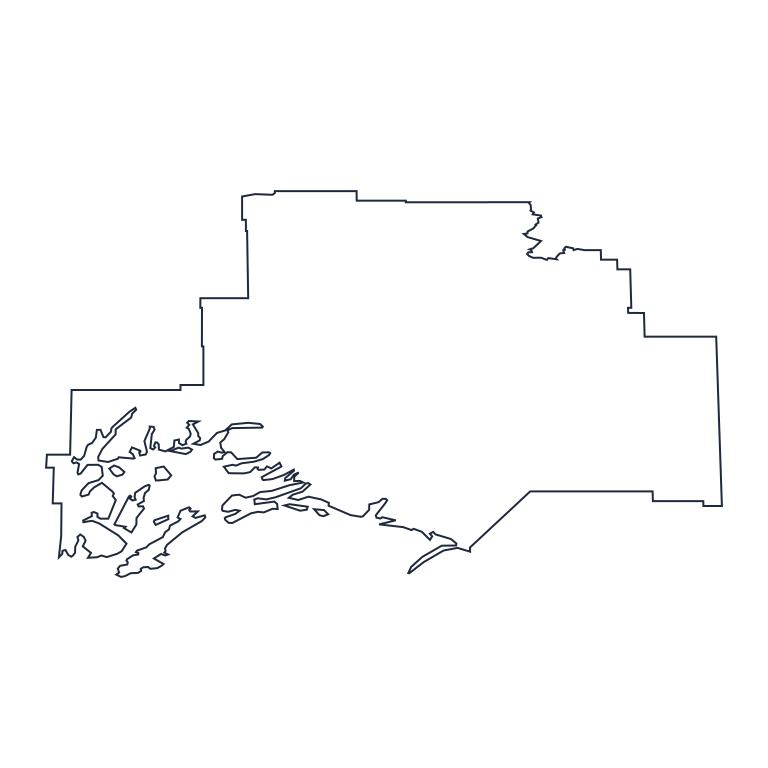 outline of Valdez-Cordova, Alaska, United States of America
{"feature_id": "52423323B16539688175930", "entity_name": "Valdez-Cordova", "entity_type": "district", "adm_level": 2, "iso_a3": "USA", "parent_name": "United States of America", "parent_adm1": "Alaska", "projection": "natural_earth1", "projection_center": [-146.532, 61.491], "detail": "fine", "context": "isolated", "style": "outline", "palette": "slate", "viewbox_px": 768, "rotation_deg": 0, "n_neighbors": 0, "source": "geoboundaries", "source_scale": "gbopen_adm2", "svg_char_len": 6070}
<svg xmlns="http://www.w3.org/2000/svg" viewBox="0 0 768 768"><path d="M242.1,196.5L242.1,219.8L245.9,219.8L245.9,231.0L247.1,231.0L248.2,298.2L200.4,298.2L200.3,307.8L202.0,307.8L201.9,346.4L203.4,346.4L203.4,385.0L180.5,385.0L180.5,390.0L71.6,390.0L70.1,454.7L46.9,454.7L46.1,467.7L53.8,467.7L52.7,503.4L61.5,503.4L61.2,535.9L58.9,557.3L62.3,553.8L62.5,550.8L65.5,550.0L68.2,554.9L71.3,556.7L73.1,555.4L75.1,552.7L75.2,546.7L78.4,540.4L77.4,537.0L80.3,534.5L83.8,536.9L85.6,540.6L82.8,546.4L91.0,552.9L88.0,557.8L97.2,557.2L101.4,555.5L106.8,557.1L117.4,553.7L121.7,551.2L126.5,543.7L118.3,535.4L99.3,523.5L92.1,520.8L83.4,522.2L83.2,520.5L91.8,516.2L91.6,512.8L93.8,512.0L97.5,513.6L97.4,516.8L100.4,518.7L108.3,518.7L115.8,500.1L112.7,496.0L113.9,493.5L112.6,491.7L101.9,482.8L94.1,487.4L90.0,491.4L88.5,494.6L82.0,496.5L80.5,495.1L80.6,493.5L81.7,490.4L85.3,486.5L88.6,483.1L98.5,480.1L102.8,475.7L101.7,466.9L98.2,464.8L87.5,464.9L80.6,473.6L78.3,474.4L77.5,472.7L79.1,464.0L76.6,462.4L73.5,463.3L71.8,461.3L74.0,457.1L77.2,459.5L80.6,459.7L84.1,455.9L86.7,446.9L88.1,444.8L92.2,442.9L95.8,437.7L96.9,429.9L100.5,429.8L103.4,437.1L105.6,437.3L111.0,431.7L111.4,428.3L113.3,426.3L129.4,411.8L135.3,407.8L136.2,409.7L132.2,413.7L131.2,417.5L115.7,429.3L115.6,434.4L102.3,449.0L98.2,456.9L98.5,460.5L108.1,462.0L118.0,458.7L118.6,457.3L133.4,458.6L134.6,458.1L132.9,454.3L129.7,451.9L132.0,447.4L140.2,450.7L140.5,451.7L139.2,452.3L140.0,455.5L145.7,454.5L147.0,451.8L144.4,441.1L149.8,428.6L149.7,426.5L153.6,426.9L154.6,429.6L151.8,434.2L150.3,448.0L153.1,449.5L155.2,447.5L154.0,445.9L155.4,442.4L157.0,442.5L158.7,444.3L158.9,449.6L165.3,451.4L173.8,447.0L174.4,440.5L178.9,439.5L179.0,443.0L182.4,445.2L186.4,443.7L185.6,441.8L186.3,439.8L190.0,436.6L190.7,433.7L188.8,428.9L186.7,427.7L189.3,424.8L187.2,422.8L188.8,421.0L198.4,421.5L192.9,424.4L198.2,433.1L198.3,436.1L200.2,438.1L199.7,440.4L193.3,443.8L200.5,445.0L208.6,441.6L217.0,432.9L225.1,430.5L231.8,424.4L248.3,422.8L260.1,424.0L262.8,426.6L262.3,427.6L232.3,428.1L229.3,429.3L227.6,430.9L228.3,432.3L224.2,439.2L220.3,442.5L221.1,447.8L224.5,452.0L221.9,452.7L217.8,451.6L214.1,453.9L213.9,458.3L215.5,459.6L222.1,458.8L222.7,456.1L227.4,452.2L231.2,452.4L237.3,459.1L256.2,457.7L262.3,452.5L268.8,452.3L270.2,453.1L269.2,454.9L263.0,459.0L254.0,461.7L241.6,463.3L235.9,465.6L232.5,464.8L223.9,466.7L228.7,473.2L243.9,473.4L250.1,472.1L255.0,467.3L258.0,467.5L257.6,469.0L258.8,469.9L264.4,469.5L267.0,466.4L271.3,468.4L279.6,462.7L281.4,466.5L261.7,477.2L262.3,479.0L263.2,480.1L272.4,479.1L283.8,475.0L293.8,469.6L294.0,470.7L285.3,478.0L284.8,480.7L290.7,479.2L294.0,474.6L298.8,472.5L294.2,476.8L294.2,481.1L299.9,480.9L303.2,482.5L289.5,485.2L271.7,490.9L260.0,492.1L253.2,496.0L245.6,497.7L239.2,494.7L232.0,495.5L222.4,505.5L222.0,509.6L222.7,510.8L228.1,511.8L235.1,509.9L239.6,510.7L235.4,513.9L225.8,517.2L224.8,518.1L225.1,519.6L228.5,522.8L232.3,523.0L251.0,513.3L258.0,511.8L263.8,512.4L272.5,508.8L277.7,509.0L277.1,503.9L274.3,501.6L254.8,504.2L254.3,499.5L257.7,498.3L266.4,499.4L275.8,497.2L301.0,488.2L305.9,483.5L308.3,483.1L310.4,484.5L302.6,491.6L292.8,494.7L288.8,497.8L298.2,500.0L308.4,496.7L320.8,499.3L328.8,502.8L328.6,505.7L350.5,515.1L360.9,516.8L362.9,516.3L369.1,509.9L369.3,504.4L378.5,502.2L382.5,498.8L385.9,498.9L387.2,500.2L385.3,503.2L375.8,515.3L376.5,517.7L380.4,518.5L382.2,517.2L395.7,520.3L379.1,524.4L403.1,527.1L411.6,530.1L413.6,528.8L421.8,531.8L430.0,539.9L432.2,536.3L429.9,533.7L433.2,531.9L435.5,534.4L450.9,539.0L456.4,543.5L456.1,545.5L441.7,545.7L422.3,556.9L411.2,566.9L408.3,573.1L409.2,573.3L423.7,562.1L443.6,550.5L457.6,547.9L470.1,551.7L470.0,547.5L530.2,491.4L652.6,491.4L652.9,501.1L703.3,501.1L703.4,506.0L721.9,506.0L716.2,336.7L644.6,336.7L644.0,313.0L628.2,312.9L628.0,307.8L631.3,307.8L630.2,269.3L617.4,269.3L617.1,259.7L601.0,259.7L600.8,250.1L584.3,250.1L577.4,248.9L573.6,250.1L573.1,248.3L565.9,246.8L564.3,248.4L564.8,249.8L563.2,250.2L564.1,253.0L559.9,253.4L556.7,256.7L555.9,258.4L556.7,259.3L548.3,258.1L546.8,259.9L541.0,257.7L533.1,257.8L529.1,256.0L527.1,253.8L528.5,252.3L532.0,252.2L531.2,250.0L529.7,249.4L533.3,248.2L541.0,241.0L527.6,237.1L523.8,234.0L527.5,233.4L527.6,231.5L533.3,228.5L536.2,225.1L535.6,224.5L538.5,222.7L537.9,218.5L541.5,217.1L541.0,215.6L532.7,214.3L533.9,212.4L530.5,210.6L531.1,208.9L530.6,204.9L528.8,202.8L529.5,202.2L405.8,202.3L405.8,200.7L356.7,200.7L356.6,191.1L274.8,191.1L274.8,193.1L272.4,194.8L255.3,194.1L242.1,196.5ZM116.3,574.6L120.9,576.9L124.8,576.2L130.7,573.2L138.0,572.9L141.2,570.8L140.7,569.0L143.1,567.3L148.1,567.0L150.3,568.8L157.4,568.1L161.8,565.6L163.5,564.0L153.9,558.5L161.0,554.0L165.2,555.5L168.1,554.5L164.3,552.6L165.6,550.9L165.0,548.4L167.0,544.9L182.3,532.3L201.9,521.0L205.3,517.4L204.7,515.3L195.5,517.9L192.6,516.3L197.8,511.4L190.2,511.5L189.2,510.0L190.6,508.6L189.1,507.3L180.5,510.7L177.6,517.5L180.5,519.0L178.2,521.4L170.0,525.6L169.0,529.4L165.2,532.1L162.8,537.1L149.3,544.3L146.4,547.3L137.0,550.6L135.9,552.1L138.3,552.9L138.2,554.5L133.1,555.3L127.2,559.1L126.4,560.5L127.7,562.1L127.3,564.5L120.1,565.8L117.8,568.6L119.1,572.6L116.3,574.6ZM128.9,496.5L114.4,524.4L115.3,525.1L125.5,526.8L124.0,528.1L131.4,532.5L136.4,524.5L136.5,518.0L144.0,508.6L143.0,506.3L138.5,506.4L137.7,504.5L143.9,501.0L143.6,497.7L145.0,493.1L148.7,489.9L149.7,485.5L148.7,484.8L144.6,486.4L135.1,492.9L134.6,497.0L135.6,499.7L132.5,500.5L130.0,498.7L131.2,496.5L130.1,495.6L128.9,496.5ZM154.5,476.5L155.9,480.5L158.5,480.4L167.7,479.5L171.2,475.3L163.7,466.5L155.7,468.2L156.0,473.2L154.5,476.5ZM109.3,468.6L113.5,474.3L116.8,476.3L122.5,474.6L124.4,472.0L119.2,467.4L114.1,465.5L109.3,468.6ZM170.3,451.1L185.8,454.1L190.4,451.8L192.0,449.6L188.2,447.6L181.4,448.6L178.5,447.7L170.3,451.1ZM284.4,505.5L300.1,510.7L306.8,509.7L307.7,506.7L289.5,504.2L284.4,505.5ZM324.1,510.1L314.1,509.2L319.5,515.2L323.3,516.2L328.2,514.3L324.1,510.1ZM153.8,521.6L155.7,524.9L168.3,519.2L168.2,515.7L154.6,520.2L153.8,521.6Z" fill="none" stroke="#1e293b" stroke-width="2"/></svg>